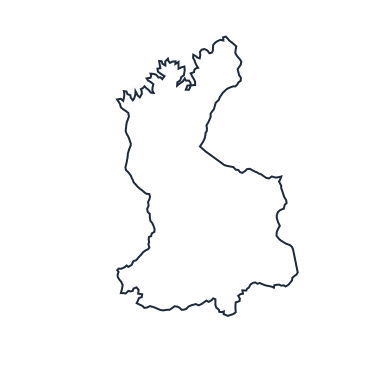 Patrocínio Paulista, São Paulo, Brazil, rotated 329°
{"feature_id": "56859067B95718111094950", "entity_name": "Patrocínio Paulista", "entity_type": "district", "adm_level": 2, "iso_a3": "BRA", "parent_name": "Brazil", "parent_adm1": "São Paulo", "projection": "mercator", "projection_center": [-47.28, -20.694], "detail": "fine", "context": "isolated", "style": "outline", "palette": "slate", "viewbox_px": 384, "rotation_deg": 329, "n_neighbors": 0, "source": "geoboundaries", "source_scale": "gbopen_adm2", "svg_char_len": 4545}
<svg xmlns="http://www.w3.org/2000/svg" viewBox="0 0 384 384"><g transform="rotate(329 192 192)"><path d="M305.0,90.0L303.3,84.6L301.9,81.4L301.7,79.1L301.0,76.2L298.4,75.5L296.9,78.3L294.7,76.2L291.7,75.8L289.0,75.9L285.9,76.9L284.3,79.1L282.8,81.5L280.7,82.8L278.4,82.0L278.1,78.6L276.2,75.8L273.6,75.0L271.1,75.9L269.5,79.1L267.4,81.4L265.8,79.4L265.1,77.3L263.8,75.0L262.0,77.6L262.0,80.3L261.3,83.5L261.1,86.1L261.2,88.7L259.1,88.0L257.1,88.4L255.4,90.3L252.0,89.6L251.7,93.5L251.7,97.0L251.4,99.2L249.8,101.9L246.0,100.0L246.9,97.7L246.8,95.0L244.2,93.4L244.2,90.9L241.3,92.5L236.6,92.8L234.0,93.2L236.0,90.4L239.4,90.3L242.0,88.0L245.2,87.7L246.8,85.8L248.4,84.0L250.1,80.5L247.4,79.7L244.0,79.4L245.8,76.2L247.4,73.6L243.7,73.7L245.2,71.5L242.4,70.1L239.6,70.0L239.3,67.8L240.0,65.3L236.3,66.4L234.3,69.8L232.8,66.9L233.3,64.3L231.3,62.8L229.8,66.5L228.6,69.6L225.9,68.5L224.8,71.3L226.4,75.3L228.1,78.5L224.6,79.9L224.1,77.5L222.2,76.6L221.7,73.1L219.8,70.9L217.4,69.2L216.9,71.3L215.3,72.7L211.6,71.3L211.8,73.8L213.3,76.6L214.4,79.7L212.0,82.1L210.3,84.6L210.1,87.3L207.9,85.7L207.4,82.2L206.4,79.7L205.8,76.9L203.4,77.7L201.1,77.5L200.8,79.7L199.5,82.1L196.0,84.0L195.2,81.4L195.5,76.5L193.5,79.5L190.6,82.0L188.5,82.9L188.1,79.6L189.0,77.3L187.1,74.9L187.6,72.1L185.5,70.4L184.6,73.0L182.6,75.7L180.0,78.4L179.0,75.5L175.4,74.1L175.6,76.6L175.6,79.6L174.6,82.7L175.5,85.4L177.1,88.7L178.1,91.5L176.8,94.8L174.3,96.9L172.4,98.3L170.3,100.6L168.5,103.0L166.5,105.6L165.9,108.9L165.9,111.9L165.1,116.2L164.5,118.9L163.3,120.7L160.0,123.1L156.9,126.0L155.5,127.9L154.1,129.7L151.1,133.1L147.6,136.6L146.7,139.1L147.6,142.6L148.0,146.3L147.6,148.8L147.4,151.3L147.0,154.0L147.6,156.5L148.1,159.4L149.0,162.4L150.4,165.7L151.1,168.1L152.1,170.1L154.3,171.7L153.7,174.3L151.5,176.5L149.0,178.1L147.9,181.3L144.8,183.4L143.8,186.3L144.5,189.1L142.7,192.1L141.5,195.3L141.9,197.9L141.7,200.7L140.9,204.3L139.3,206.8L136.1,206.8L134.3,208.8L132.1,208.3L130.5,210.2L129.4,212.9L127.7,214.3L126.8,217.8L124.5,218.4L122.2,218.1L119.2,218.4L116.2,219.5L112.9,220.4L109.1,221.7L106.1,221.1L102.7,223.4L98.8,223.4L98.1,221.3L95.4,221.8L91.6,221.3L89.7,219.9L87.6,220.5L87.9,222.7L85.5,224.7L84.6,226.7L84.6,229.7L85.1,232.5L84.6,236.2L81.6,239.5L79.0,242.0L81.2,243.4L82.8,244.8L86.6,244.0L88.1,245.6L90.3,246.2L92.1,244.6L95.3,245.2L95.8,248.4L93.5,251.4L96.6,254.0L94.8,256.2L92.0,255.6L89.9,257.1L87.3,258.8L89.2,261.7L90.9,264.2L91.4,266.7L94.0,267.9L97.1,268.1L100.1,271.2L102.5,274.6L104.3,277.0L106.4,278.7L109.5,279.9L112.1,281.4L114.8,281.3L118.3,281.0L120.6,282.9L121.8,285.1L122.4,287.6L124.2,288.6L126.7,289.3L129.9,288.4L133.4,288.8L137.6,290.1L139.5,292.7L142.8,292.9L145.6,292.7L148.4,292.5L149.7,294.8L153.1,294.8L155.4,294.1L156.8,296.0L155.2,298.7L153.8,301.0L153.3,303.6L154.4,306.7L153.7,308.8L155.5,310.2L157.8,310.8L156.2,312.9L158.9,316.6L161.8,317.3L164.8,317.9L167.5,317.6L169.2,314.3L170.7,311.8L172.6,309.1L176.6,310.0L178.1,308.0L178.1,304.8L180.9,304.5L183.3,305.4L184.5,302.3L187.7,304.4L189.4,303.3L191.6,303.2L194.5,301.4L197.7,301.3L199.7,302.2L200.9,304.4L203.3,304.9L204.4,306.7L205.8,308.5L207.1,310.1L209.1,311.9L211.5,314.1L212.9,316.2L214.6,314.3L216.6,315.1L218.9,316.2L220.3,318.3L222.5,319.2L223.6,321.2L226.8,321.2L229.7,320.2L232.3,319.2L233.7,317.3L236.3,316.8L238.9,316.6L241.2,315.4L249.0,293.4L249.4,290.6L248.7,288.1L245.8,284.5L243.2,279.4L242.4,277.1L241.9,273.0L244.0,270.0L246.4,268.2L249.8,266.3L250.2,262.6L251.3,257.8L252.8,255.5L255.3,253.5L258.1,252.9L262.2,253.5L264.8,250.8L267.4,250.2L268.5,247.5L268.5,243.4L269.5,239.4L270.5,234.5L271.7,232.6L272.0,227.8L274.0,226.7L276.5,224.7L273.6,223.8L271.2,222.8L268.4,219.8L264.9,220.0L262.8,218.0L261.5,215.1L260.5,212.6L258.8,210.7L257.8,208.6L256.5,206.9L255.0,204.6L253.5,201.9L250.9,200.7L248.1,201.4L245.0,201.5L243.4,199.8L243.1,197.1L240.9,195.2L240.3,192.0L237.9,189.8L235.7,187.9L233.6,185.6L232.6,183.2L224.7,164.6L223.6,161.3L222.3,157.0L224.8,155.9L227.6,154.5L230.6,152.5L232.6,150.3L234.0,148.4L236.0,147.4L237.5,145.3L238.7,142.4L241.1,141.1L243.3,139.7L246.6,137.3L248.3,134.4L250.8,133.3L253.3,132.4L255.7,130.2L258.2,127.8L262.5,126.8L264.6,125.1L269.6,122.8L274.6,121.7L277.0,121.8L279.1,122.1L281.5,122.6L283.5,123.7L285.7,123.4L288.2,122.0L291.1,121.7L292.8,119.1L292.6,115.9L293.5,113.1L294.4,110.2L299.4,107.9L301.4,105.7L301.4,102.8L300.8,99.8L300.6,97.6L300.7,95.1L302.7,92.5L305.0,90.0ZM246.0,100.0L243.7,101.7L241.9,102.8L239.4,101.1L242.9,98.4L246.0,100.0Z" fill="none" stroke="#1e293b" stroke-width="2"/></g></svg>